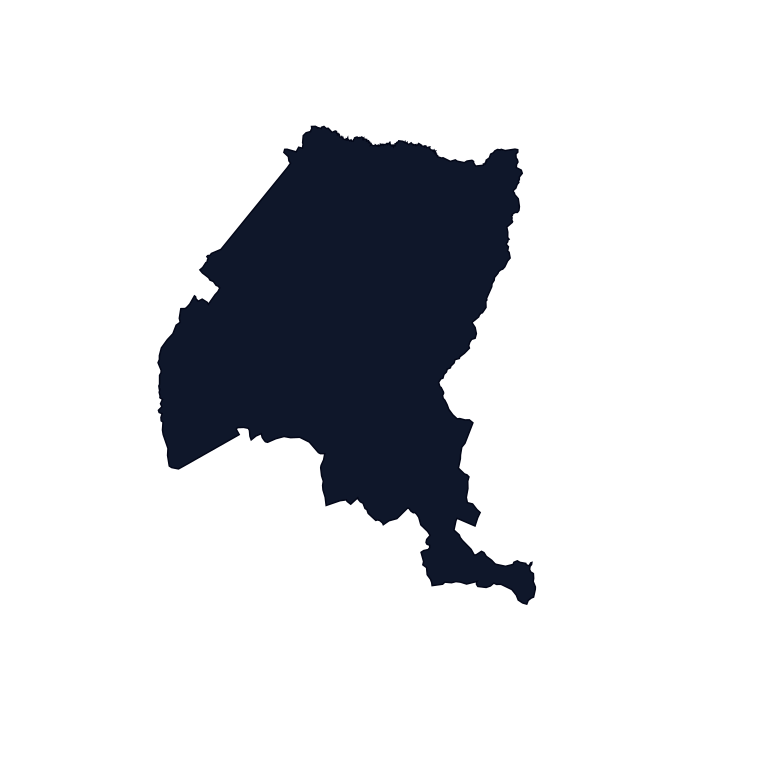 Mampong Municipal, Ashanti, Ghana (Albers equal-area conic projection), rotated 332°
{"feature_id": "2480657B66784074859314", "entity_name": "Mampong Municipal", "entity_type": "district", "adm_level": 2, "iso_a3": "GHA", "parent_name": "Ghana", "parent_adm1": "Ashanti", "projection": "albers", "projection_center": [-1.392, 7.114], "detail": "fine", "context": "isolated", "style": "filled", "palette": "ink", "viewbox_px": 768, "rotation_deg": 332, "n_neighbors": 0, "source": "geoboundaries", "source_scale": "gbopen_adm2", "svg_char_len": 6159}
<svg xmlns="http://www.w3.org/2000/svg" viewBox="0 0 768 768"><g transform="rotate(332 384 384)"><path d="M406.7,645.4L409.7,642.8L413.7,642.1L416.0,642.4L421.2,636.3L422.4,634.2L423.0,628.4L424.9,625.9L426.9,621.5L425.3,618.7L425.5,616.1L427.3,613.6L429.5,612.7L430.8,611.0L429.5,610.8L427.1,612.4L426.2,612.1L424.7,610.3L425.0,609.0L420.3,605.3L418.7,602.7L415.0,602.4L413.3,603.9L405.7,602.0L398.4,595.9L397.6,594.9L396.3,590.1L393.4,584.2L393.1,579.8L391.5,577.5L385.2,578.1L383.4,577.4L383.3,570.9L379.8,559.0L379.2,555.4L379.6,552.6L377.2,545.8L383.5,538.3L385.5,536.9L397.7,552.1L403.9,546.1L408.6,542.6L407.1,538.5L405.9,531.5L401.9,527.9L403.4,522.8L409.0,515.7L412.3,509.1L415.4,505.9L414.6,503.1L412.8,501.2L410.2,493.2L416.3,485.9L418.2,482.6L423.0,476.3L427.7,474.3L444.3,460.0L442.5,455.7L438.7,453.8L434.7,450.1L432.2,449.1L430.3,443.5L429.3,436.8L430.0,431.9L430.1,426.9L429.5,424.6L430.3,421.6L432.1,420.4L432.7,419.2L432.8,413.9L432.1,412.6L433.0,408.2L436.5,406.2L438.8,406.5L441.4,403.7L444.7,402.7L446.8,400.6L450.2,400.9L451.4,399.6L455.8,398.3L458.1,395.8L462.5,396.8L463.6,395.6L469.5,394.6L476.3,392.4L476.7,390.0L479.4,387.3L482.4,385.7L485.9,386.4L489.2,382.9L491.0,376.9L490.5,371.4L491.2,370.8L499.1,369.2L500.5,367.9L502.8,367.0L504.3,367.3L510.0,364.3L512.7,358.8L514.3,358.1L514.7,356.6L524.8,348.7L526.5,346.1L529.9,344.2L531.6,341.8L536.6,339.7L537.9,338.6L540.6,338.0L542.8,338.3L545.6,337.3L550.9,333.4L554.5,332.0L556.3,326.4L555.6,324.6L558.3,321.2L557.6,318.8L558.3,317.2L559.9,316.6L561.1,315.0L562.4,314.9L562.0,312.7L564.6,308.0L566.1,303.1L573.1,301.5L573.8,300.9L573.8,299.2L575.1,297.4L575.2,295.7L576.4,295.5L576.5,294.5L580.1,294.0L582.4,295.1L584.6,294.1L586.8,291.0L589.5,283.5L588.3,277.9L588.8,276.7L588.4,275.1L589.3,273.7L592.3,273.0L595.3,270.3L597.7,269.3L598.0,267.5L599.3,267.3L600.7,264.8L605.0,262.9L605.6,259.6L602.4,255.0L604.2,252.3L606.5,250.9L607.1,248.5L606.8,246.4L608.0,243.7L608.6,242.8L611.0,242.1L612.1,239.9L609.9,238.1L600.6,234.8L597.6,231.8L596.6,231.9L594.3,230.2L591.3,230.2L589.1,231.2L586.1,231.1L583.2,233.8L579.2,234.4L579.1,235.6L578.1,235.6L577.7,236.6L576.8,236.4L576.3,237.2L575.1,236.4L574.4,237.5L567.2,234.6L566.9,230.9L567.6,229.5L566.7,227.8L561.9,226.1L558.9,226.3L553.3,221.7L552.2,219.6L547.1,218.6L542.3,211.9L541.2,211.8L537.9,208.4L538.5,207.8L537.7,206.5L538.3,205.8L537.4,204.7L538.2,204.7L538.4,203.7L537.5,202.8L538.6,202.4L537.9,202.1L538.0,201.1L536.8,201.8L536.5,201.3L537.2,200.8L535.5,199.5L534.8,197.3L535.7,196.2L532.5,195.3L532.7,193.5L531.8,192.9L530.9,193.7L530.3,192.4L528.9,191.7L528.5,190.9L529.1,190.6L527.5,187.9L526.6,188.3L526.4,189.6L526.3,188.8L524.2,188.6L524.6,187.6L522.1,187.0L522.5,186.4L521.6,185.7L521.2,183.8L518.3,184.2L517.3,182.4L517.7,181.6L516.6,181.8L516.1,181.1L516.3,180.0L515.5,180.5L514.6,178.6L511.2,176.2L510.7,176.8L508.7,176.8L508.5,177.5L506.6,177.1L505.8,178.7L505.0,177.8L503.8,179.0L503.8,177.3L502.8,177.7L502.2,177.1L502.5,176.2L501.9,175.5L502.4,174.1L501.7,174.5L501.8,173.8L501.3,174.2L499.7,173.1L499.3,173.8L499.0,173.1L497.6,173.3L495.6,172.0L495.3,172.6L494.7,171.4L493.6,171.9L493.3,170.7L492.5,171.7L491.9,171.3L491.1,171.8L490.1,171.0L490.7,170.4L489.3,170.2L488.6,168.8L488.2,169.3L486.0,168.4L485.4,166.9L484.2,166.9L485.5,165.5L484.6,164.5L484.8,163.8L483.9,163.6L484.5,163.0L484.5,161.9L482.7,161.3L483.5,160.0L481.8,158.6L480.9,158.6L481.5,157.4L480.3,157.8L480.8,156.3L480.2,155.4L478.1,155.4L477.9,154.7L476.2,154.4L476.2,153.3L474.9,153.0L473.6,152.9L473.3,153.7L472.1,153.8L470.9,155.0L469.4,154.2L469.5,153.0L467.9,153.2L467.0,150.8L467.4,149.8L466.6,150.4L465.9,149.8L465.6,151.1L463.0,148.6L463.4,146.9L462.7,146.9L462.8,145.8L462.1,146.1L461.1,145.2L461.6,142.5L460.1,142.2L461.0,141.2L459.9,140.4L460.6,138.7L459.8,137.8L459.1,138.3L458.8,137.6L456.3,137.5L454.8,132.0L452.9,131.3L451.9,128.4L449.4,128.0L448.6,129.0L445.8,126.4L445.3,126.6L445.4,125.7L444.4,124.3L440.9,122.6L440.2,124.5L437.5,126.6L433.2,125.6L429.3,126.8L425.4,132.8L425.2,134.2L422.7,137.5L419.8,134.9L415.5,137.8L408.6,131.2L406.5,130.2L404.3,132.5L406.3,138.3L404.8,142.4L405.2,145.1L400.3,147.6L303.2,188.6L292.8,187.7L290.9,188.8L288.7,187.9L287.4,188.3L287.7,190.9L286.7,191.2L284.9,193.3L283.7,193.2L278.6,196.0L275.0,196.8L275.8,200.7L279.1,207.9L279.1,210.5L281.5,213.4L282.1,218.1L283.3,219.4L284.1,222.1L280.7,224.5L276.7,225.9L266.3,231.2L266.3,229.0L263.3,223.7L258.9,223.7L258.0,220.6L258.6,218.4L258.0,217.2L250.1,222.2L246.5,223.5L244.0,224.1L240.0,222.1L234.1,229.9L233.3,233.1L232.5,233.9L228.1,234.5L221.2,240.5L213.6,243.1L204.4,247.6L199.0,253.5L197.2,256.9L194.5,259.1L193.7,267.2L192.5,269.3L189.9,271.0L185.7,278.9L184.3,280.0L183.2,283.0L183.7,283.3L181.6,285.8L180.7,289.4L179.7,290.9L181.2,293.6L177.4,296.5L177.3,299.4L176.7,300.0L172.5,301.3L172.1,303.6L174.2,306.0L171.3,308.9L170.0,311.9L171.0,313.9L166.8,320.6L165.3,325.0L163.0,339.5L159.4,345.4L155.9,355.6L157.3,358.1L162.7,362.5L169.0,362.4L232.4,360.7L232.3,354.5L234.1,353.7L239.7,356.4L243.4,359.4L243.4,361.8L241.1,367.2L240.5,371.0L246.6,369.8L252.3,370.2L251.4,374.1L251.8,377.7L252.2,379.3L253.8,380.8L262.8,381.5L271.1,383.4L276.3,387.5L284.6,391.5L290.8,400.2L293.9,413.8L295.2,415.7L299.0,417.7L295.1,422.6L290.2,426.4L288.8,428.2L285.8,435.8L284.8,441.3L282.2,444.7L280.4,448.9L278.9,456.4L275.9,464.1L290.4,466.4L296.4,468.6L296.3,470.3L298.2,474.5L307.4,472.1L307.1,473.5L307.8,476.9L309.5,479.4L308.8,485.0L309.9,486.9L309.3,490.8L312.7,500.6L314.6,501.0L316.2,502.6L317.5,506.1L317.3,507.9L324.2,507.1L332.2,508.9L346.6,504.6L347.6,505.4L348.1,508.9L349.4,511.4L351.1,512.2L351.7,514.4L352.1,518.0L350.4,525.7L353.3,534.6L353.7,539.3L348.7,541.3L346.7,543.7L346.7,545.6L348.6,547.8L347.4,550.1L345.2,550.9L340.8,549.7L337.7,550.0L335.6,559.4L333.4,561.9L335.4,566.1L332.6,572.7L333.4,578.2L332.9,581.7L331.8,584.6L341.8,588.3L344.7,587.5L350.4,591.2L354.7,592.2L358.6,594.9L363.0,599.4L373.5,602.0L372.6,602.4L371.6,604.4L371.8,606.8L378.7,611.6L383.2,612.3L387.5,611.3L389.2,613.7L393.3,615.8L400.4,625.5L401.7,632.6L401.1,637.8L403.6,642.4L406.7,645.4Z" fill="#0f172a" stroke="#020617" stroke-width="1.5"/></g></svg>